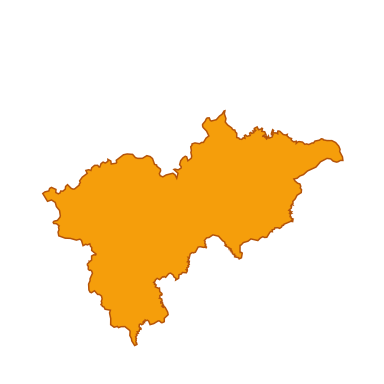 outline of Khao Kho, Phetchabun, Thailand, rotated 53°
{"feature_id": "78962969B71120844941830", "entity_name": "Khao Kho", "entity_type": "district", "adm_level": 2, "iso_a3": "THA", "parent_name": "Thailand", "parent_adm1": "Phetchabun", "projection": "mercator", "projection_center": [101.026, 16.687], "detail": "fine", "context": "isolated", "style": "filled", "palette": "amber", "viewbox_px": 384, "rotation_deg": 53, "n_neighbors": 0, "source": "geoboundaries", "source_scale": "gbopen_adm2", "svg_char_len": 6099}
<svg xmlns="http://www.w3.org/2000/svg" viewBox="0 0 384 384"><g transform="rotate(53 192 192)"><path d="M254.5,50.7L248.5,49.7L247.0,48.1L243.7,47.2L239.0,47.5L235.1,49.4L232.2,53.2L229.4,55.7L228.5,55.6L227.3,56.7L227.3,59.0L225.3,63.2L226.0,65.4L225.1,66.6L224.4,70.1L222.5,71.6L221.8,73.2L218.7,73.7L216.3,76.0L215.7,77.1L215.9,79.5L214.2,78.2L213.1,80.6L211.1,81.3L209.9,81.4L209.2,80.3L207.2,81.8L204.1,82.3L203.3,81.3L202.8,83.0L201.1,84.5L196.5,85.3L195.4,86.1L195.0,86.9L197.1,88.5L195.2,89.3L195.0,90.1L193.3,91.4L192.7,91.3L191.9,89.8L190.8,90.1L193.1,93.5L194.0,94.0L194.2,92.7L194.7,92.5L196.3,94.9L195.4,98.1L193.3,97.2L194.6,100.5L193.8,100.6L193.2,99.4L192.4,99.5L191.9,98.3L192.1,100.8L190.9,100.9L190.2,101.9L189.8,101.2L190.6,98.4L187.6,97.7L185.6,99.7L183.7,97.5L183.0,97.9L183.3,98.9L182.3,101.4L179.2,100.8L178.7,103.9L179.1,104.5L181.2,104.1L181.3,104.9L179.9,106.6L181.8,106.9L181.1,109.1L179.8,109.1L179.7,110.6L181.9,111.5L180.7,114.5L178.7,114.9L178.5,116.2L181.0,117.4L179.5,118.5L179.9,120.6L178.3,122.2L177.1,122.1L175.4,123.5L172.0,120.9L170.4,121.2L168.2,120.5L167.5,121.5L166.1,122.0L164.8,121.7L159.9,123.2L156.1,123.3L153.8,120.7L149.0,119.1L146.9,116.8L146.6,117.6L148.0,121.3L147.9,124.3L148.9,129.1L146.9,133.9L145.7,134.3L143.2,133.6L142.0,135.3L142.2,136.7L143.4,138.8L144.3,142.8L145.6,143.8L147.1,144.3L152.1,143.7L157.4,144.8L157.4,148.3L159.3,153.0L158.2,154.5L158.0,156.9L154.6,160.1L153.6,163.0L154.7,164.1L155.1,165.8L158.6,167.6L159.7,169.1L163.1,170.6L164.6,172.2L164.6,176.5L160.7,175.1L159.4,175.9L159.3,178.7L160.2,182.2L162.7,185.4L165.4,185.4L166.3,186.3L166.0,189.7L163.5,191.8L163.1,192.9L168.6,191.9L171.8,195.9L168.0,195.2L165.5,196.0L162.8,202.4L162.4,206.2L159.8,207.6L157.7,207.1L156.2,204.3L154.6,203.4L150.4,204.6L149.1,204.0L147.4,205.3L141.5,203.4L138.5,204.1L135.8,206.2L135.3,211.3L132.5,215.1L130.5,216.5L126.2,216.8L122.6,220.9L121.0,224.3L121.1,233.4L123.1,234.4L123.3,235.4L121.0,239.6L118.4,238.2L115.3,239.5L116.8,240.6L116.8,243.0L116.6,243.9L114.6,245.0L114.6,247.6L116.6,250.6L116.2,251.2L113.9,251.3L112.1,253.8L112.3,257.5L114.0,259.8L112.1,261.0L110.9,263.8L114.1,264.5L114.1,270.7L115.5,275.1L117.3,275.5L117.8,277.3L118.6,277.7L118.9,283.9L118.1,285.3L116.4,286.3L111.2,287.0L111.5,289.6L113.5,291.6L113.6,294.7L112.2,296.3L113.3,297.8L113.0,299.9L110.4,301.1L108.1,299.1L103.7,301.5L103.5,303.6L105.0,305.7L103.4,309.4L103.4,312.1L112.5,313.0L113.8,309.0L118.0,307.5L122.1,309.1L127.0,308.9L131.8,311.5L132.7,312.7L133.7,316.6L132.3,319.7L132.6,321.1L133.9,321.4L135.8,319.3L139.2,318.5L139.6,319.7L142.1,320.9L143.4,323.1L146.8,324.8L152.5,321.1L155.8,317.1L160.8,313.3L162.2,309.9L164.1,309.4L169.3,311.3L169.8,308.3L171.3,307.4L171.9,304.8L174.2,305.7L176.0,305.5L178.3,307.3L183.8,306.0L184.3,306.8L183.0,308.3L182.7,310.7L185.9,313.1L186.0,315.2L185.4,315.8L186.1,316.1L186.6,319.0L187.9,319.7L188.8,319.4L191.2,321.3L192.8,321.1L193.3,320.0L194.8,319.7L197.0,320.4L199.9,325.6L201.5,326.8L203.3,330.0L208.2,333.3L210.6,333.7L211.9,333.0L212.2,329.3L217.0,329.0L218.1,327.6L220.6,326.9L223.3,328.1L224.8,330.3L226.4,330.8L227.2,332.5L228.6,332.0L229.4,332.4L231.0,331.5L233.3,332.0L237.3,328.3L238.9,330.6L244.2,333.1L249.0,336.8L253.1,335.6L254.4,332.5L256.1,332.3L256.8,329.8L259.1,326.6L264.9,325.1L266.0,325.3L269.2,328.0L272.6,328.6L274.6,329.7L280.1,330.2L280.6,327.8L279.6,327.7L279.5,327.1L277.8,327.1L276.8,325.7L275.7,325.4L275.6,324.6L273.7,324.2L273.4,322.3L272.1,322.0L272.5,319.9L270.7,319.9L271.4,318.1L270.0,316.3L270.9,315.4L270.2,314.8L267.8,315.4L266.1,313.7L266.5,312.3L267.7,312.1L268.0,310.3L266.4,309.4L266.4,308.8L267.4,308.5L266.4,307.9L267.0,307.4L266.0,306.4L267.2,305.9L267.6,304.7L269.1,304.3L272.7,305.3L274.1,301.7L274.6,296.6L275.6,295.5L277.9,295.1L278.6,294.1L278.9,292.2L276.2,290.1L275.6,284.9L273.3,283.7L268.1,282.9L267.1,283.1L266.9,284.4L266.1,284.6L266.2,283.2L265.3,282.9L264.8,284.1L264.3,283.0L262.7,282.2L261.9,283.7L260.8,282.9L261.1,281.5L259.2,280.6L257.2,281.9L257.1,281.2L255.4,280.1L255.3,278.8L256.0,278.6L256.0,277.8L254.9,277.1L252.1,277.7L249.1,275.8L248.7,276.7L245.7,278.4L244.7,276.6L243.3,277.5L242.6,276.5L241.2,277.1L240.8,274.7L240.2,274.3L240.0,271.8L242.5,270.6L242.0,266.6L242.7,266.0L242.7,265.2L244.3,264.4L243.2,259.8L243.9,257.9L247.0,257.0L249.0,257.5L251.3,256.8L252.5,258.0L252.9,254.6L250.2,252.1L251.1,249.9L250.5,248.1L253.1,245.1L252.2,243.3L250.7,243.4L251.2,242.5L249.4,241.7L249.7,240.4L249.4,239.5L248.3,239.5L248.2,237.8L246.6,237.7L246.8,237.0L245.9,236.0L244.9,237.4L244.5,235.7L243.4,235.5L243.4,234.5L242.0,234.4L242.8,233.7L240.4,230.8L240.4,228.4L241.5,227.4L242.1,225.5L239.7,220.3L240.5,218.5L243.3,216.0L244.1,214.5L245.0,214.3L244.7,213.6L243.0,213.9L242.9,213.2L241.9,212.5L240.9,212.9L239.5,211.4L238.3,211.4L237.4,208.0L238.6,205.7L238.8,201.1L243.3,197.4L249.3,196.9L251.6,196.0L253.6,196.9L254.6,196.6L254.6,197.4L255.2,196.9L255.5,197.6L258.4,196.1L259.9,196.6L259.7,195.7L261.1,195.1L261.7,196.3L262.5,195.6L263.5,195.9L263.4,196.6L264.5,196.0L265.5,196.8L267.0,196.4L267.4,195.5L268.7,196.5L269.2,195.9L269.6,196.8L272.5,194.3L273.8,194.6L274.3,192.1L271.0,188.6L269.3,189.3L269.3,189.9L268.7,189.7L263.5,185.7L263.9,184.7L263.3,181.4L265.0,176.9L264.9,173.2L270.4,168.6L269.9,165.0L270.3,162.3L272.0,161.4L273.2,159.5L271.1,154.2L270.9,152.9L272.1,151.7L270.5,150.8L271.3,148.5L270.5,147.4L272.2,144.9L273.8,143.9L273.9,141.6L273.0,140.0L273.7,139.0L273.1,137.9L274.9,130.7L276.2,129.4L275.0,128.2L274.6,128.8L275.2,129.6L274.7,130.1L274.3,127.6L272.7,128.5L271.4,127.9L270.7,128.5L269.1,126.7L268.2,126.9L268.9,125.2L267.8,125.6L267.7,124.6L266.8,125.8L266.2,124.8L264.9,125.6L264.6,122.4L263.2,121.0L262.6,121.4L262.0,119.7L262.8,119.2L261.9,119.1L261.8,118.1L260.2,117.2L259.6,113.7L257.8,110.1L258.2,105.1L256.0,103.1L254.0,103.2L252.9,101.7L250.5,101.0L248.5,102.4L244.9,103.1L242.9,102.8L244.3,99.8L244.1,96.3L245.2,92.5L244.7,87.1L246.7,78.0L245.2,71.2L246.4,64.0L249.0,61.3L252.3,60.7L255.0,58.7L255.7,57.4L256.1,54.5L257.6,52.5L254.5,50.7Z" fill="#f59e0b" stroke="#b45309" stroke-width="1.5"/></g></svg>